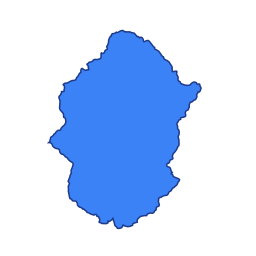 the district of Supatá, Cundinamarca, Colombia, rotated 256°
{"feature_id": "7082276B73232979228436", "entity_name": "Supatá", "entity_type": "district", "adm_level": 2, "iso_a3": "COL", "parent_name": "Colombia", "parent_adm1": "Cundinamarca", "projection": "mercator", "projection_center": [-74.247, 5.057], "detail": "fine", "context": "isolated", "style": "filled", "palette": "blue", "viewbox_px": 256, "rotation_deg": 256, "n_neighbors": 0, "source": "geoboundaries", "source_scale": "gbopen_adm2", "svg_char_len": 5776}
<svg xmlns="http://www.w3.org/2000/svg" viewBox="0 0 256 256"><g transform="rotate(256 128 128)"><path d="M65.7,165.5L66.5,164.8L69.8,160.3L71.9,160.0L72.5,159.6L73.0,159.0L73.2,159.3L73.6,159.4L73.6,159.6L73.8,159.8L74.0,159.8L74.2,160.1L74.4,159.8L74.3,159.6L74.7,159.8L76.6,159.4L78.6,159.4L79.9,158.8L80.9,157.0L81.8,156.6L82.8,156.5L84.0,157.5L84.1,157.8L83.9,158.7L84.6,159.8L86.3,160.9L86.7,161.4L86.9,162.0L86.8,162.9L87.3,164.0L87.8,164.3L89.6,164.1L91.6,165.2L92.6,166.3L93.0,167.1L94.6,169.1L95.9,170.4L96.9,171.1L97.9,172.0L98.6,173.0L99.1,173.3L101.0,173.9L102.5,174.1L103.3,174.4L104.0,174.4L104.7,174.6L105.9,174.4L106.9,174.5L107.9,174.8L109.3,175.9L111.7,176.7L113.8,176.8L115.4,176.0L115.9,176.0L117.3,176.5L119.4,176.4L120.8,176.6L121.8,178.0L122.2,178.3L123.2,179.1L123.6,180.0L123.6,181.1L125.1,181.7L125.3,182.7L125.0,184.8L125.3,185.6L125.3,186.2L125.6,186.8L126.9,187.2L128.9,187.2L130.0,187.9L130.7,188.7L131.0,190.5L131.5,191.2L132.6,191.7L133.3,192.5L135.7,193.0L137.9,194.6L137.9,194.8L137.8,196.2L138.4,197.6L139.0,198.4L139.1,200.0L139.5,200.7L141.0,202.0L141.9,202.5L142.5,202.6L143.5,202.5L143.9,202.7L144.7,203.9L146.1,204.8L145.8,205.3L145.7,205.8L146.6,207.1L147.9,207.8L148.6,208.4L149.0,208.5L149.7,208.5L151.5,208.0L152.9,208.2L153.3,207.9L153.6,207.5L153.8,205.7L154.1,205.5L154.9,205.4L155.5,205.1L156.2,204.3L156.6,203.4L156.6,202.3L156.3,201.5L156.0,200.3L155.9,200.0L155.2,199.5L154.9,198.9L154.8,198.3L154.8,196.8L155.2,195.4L156.1,193.2L158.4,190.0L160.2,189.7L160.8,189.3L161.2,188.5L162.3,188.2L163.4,188.3L164.9,188.9L165.3,188.9L168.6,188.2L169.0,188.3L169.8,188.5L170.6,189.1L171.1,189.0L171.4,188.8L171.6,188.3L171.8,185.0L172.0,184.7L173.3,185.0L174.4,184.9L175.4,185.4L176.9,185.5L178.9,184.9L180.8,184.1L181.6,184.1L183.0,183.1L184.3,182.0L184.8,181.0L185.5,180.5L186.2,179.8L188.5,179.6L189.1,178.8L190.5,178.1L191.8,177.7L194.5,176.6L195.2,176.3L196.0,175.5L197.6,173.7L198.0,173.1L198.4,173.0L199.4,173.3L199.8,173.3L200.9,172.3L205.6,170.3L207.6,169.2L208.1,168.5L208.3,167.7L207.9,165.1L207.9,164.5L208.1,164.1L208.7,164.0L210.2,164.2L211.7,163.8L212.3,163.5L213.0,162.5L212.7,161.5L212.7,161.0L214.2,160.2L214.4,159.0L215.2,158.8L216.4,158.0L218.3,157.2L218.8,156.1L219.3,155.7L219.6,154.4L220.4,153.8L220.9,152.7L221.5,150.2L222.0,149.1L221.9,148.6L222.0,148.2L223.0,147.5L224.0,146.4L224.0,144.0L223.1,141.2L223.2,140.7L223.8,139.9L223.6,139.2L223.2,138.5L223.1,137.9L223.1,136.7L223.3,135.6L222.7,134.7L221.2,134.0L221.2,133.1L219.0,131.1L217.7,130.4L216.1,129.9L215.0,129.4L213.1,128.1L212.8,127.6L211.8,126.9L210.8,127.3L209.6,127.0L209.2,125.8L208.7,124.5L208.5,124.3L207.5,123.8L206.5,122.6L206.5,121.5L206.8,120.9L207.3,120.4L207.2,120.1L204.7,119.3L203.7,119.2L203.1,118.9L202.2,118.2L201.9,117.4L201.9,114.7L202.5,112.7L202.6,111.6L202.4,110.8L201.6,110.2L201.4,109.8L201.1,107.9L201.2,106.1L200.5,105.4L200.1,103.9L199.9,103.7L199.4,103.6L198.2,104.2L197.2,104.4L196.2,104.0L194.5,104.2L194.3,104.1L194.1,103.8L194.1,103.1L194.4,102.4L194.2,101.0L194.4,100.4L195.4,99.2L196.8,98.1L196.9,97.8L196.8,97.2L196.4,96.8L194.8,96.0L193.6,95.9L193.4,95.7L192.9,94.5L192.4,93.8L190.4,92.0L189.2,90.2L187.9,89.4L187.2,88.4L187.4,86.1L187.6,85.2L187.1,82.7L186.3,79.8L186.7,78.1L186.7,77.5L186.2,76.1L185.9,75.7L185.6,75.6L185.3,75.7L184.6,76.4L183.0,76.2L181.9,76.0L180.6,75.2L179.2,75.0L179.1,74.7L179.1,73.6L179.4,72.6L179.4,72.3L178.2,71.9L177.3,71.2L176.0,69.9L175.4,68.8L174.9,68.5L173.9,68.3L172.4,68.5L170.3,68.5L167.2,67.5L164.9,66.7L163.9,66.4L162.9,66.4L161.9,66.6L157.7,68.7L156.1,68.6L154.5,68.2L153.8,68.3L153.1,69.3L152.5,69.5L149.7,69.3L148.5,69.0L146.4,67.3L145.2,64.8L143.8,62.9L142.4,62.1L142.3,61.6L142.7,59.9L142.0,57.7L140.6,56.3L139.8,54.4L138.8,53.7L138.0,51.8L137.7,50.8L137.0,50.4L135.9,50.0L135.2,49.4L133.8,49.1L133.0,47.5L132.6,48.9L131.3,50.2L130.4,50.4L129.1,50.5L128.2,50.8L126.8,51.8L126.1,52.5L125.4,53.4L125.2,54.3L124.1,55.8L123.6,56.0L122.3,56.1L121.1,56.0L119.9,56.5L118.9,57.0L118.1,58.6L116.4,59.8L115.2,60.2L114.2,61.4L113.7,61.8L111.4,62.7L109.5,64.1L108.2,65.4L106.9,66.2L106.3,66.1L105.1,65.5L102.6,64.0L101.4,63.0L100.0,62.3L98.4,62.2L98.1,62.0L95.7,60.2L94.3,59.6L93.7,59.0L90.7,57.0L88.5,57.8L88.2,57.8L85.9,55.9L84.8,55.8L81.7,55.1L81.1,54.8L77.7,54.7L75.6,54.5L73.7,54.6L73.4,54.7L73.1,55.1L73.0,55.4L72.7,56.0L72.4,56.1L71.2,56.3L70.6,56.8L70.4,57.2L69.9,59.3L69.4,60.0L67.0,60.6L65.4,60.3L63.7,61.2L63.6,61.6L63.0,61.8L61.9,63.6L61.2,63.9L60.8,64.4L60.4,64.4L60.0,64.9L60.0,65.5L59.0,66.3L58.4,66.5L57.4,67.5L56.1,67.8L55.4,68.8L55.1,69.6L54.3,70.1L53.5,71.1L52.7,72.3L52.3,73.1L51.8,73.7L51.8,74.3L52.2,75.2L51.7,76.3L51.3,76.2L50.6,76.7L50.1,76.5L49.7,76.6L49.4,77.6L49.1,78.0L47.6,78.1L46.4,78.5L45.5,78.3L44.0,77.3L43.6,77.2L43.3,77.3L43.0,77.8L42.9,78.6L42.0,79.1L41.4,80.1L41.2,81.4L40.5,83.3L40.5,83.9L40.8,85.6L41.1,85.8L41.8,85.8L42.4,85.9L41.9,87.3L42.0,87.9L42.9,90.1L44.0,91.5L41.7,91.5L39.5,91.9L39.0,91.7L36.5,91.7L34.9,92.9L33.3,93.4L32.9,94.2L32.7,95.3L32.7,97.4L33.0,97.9L34.0,99.1L35.0,99.6L35.0,99.9L34.8,100.3L34.0,100.8L33.6,101.4L32.3,103.9L32.2,105.4L32.0,106.3L32.3,107.3L32.3,108.4L32.6,109.0L33.7,109.4L34.2,110.3L34.4,114.2L35.5,114.3L36.8,114.9L37.2,115.3L38.2,116.8L39.2,118.9L39.0,122.9L38.5,124.5L38.6,124.9L39.7,126.0L40.0,126.9L40.1,128.6L40.1,129.2L39.6,130.4L39.4,130.8L39.6,132.3L39.8,132.7L40.5,133.4L41.3,134.0L41.6,135.1L41.8,135.5L44.1,136.3L44.5,137.1L44.6,138.8L45.7,139.8L49.6,139.7L50.8,140.4L52.3,140.6L52.9,142.0L52.7,143.4L53.1,144.0L53.6,145.5L53.6,147.4L53.4,148.6L53.5,149.8L53.7,150.3L54.6,151.3L55.7,151.9L56.0,152.5L56.6,154.4L57.3,155.2L58.7,156.6L59.2,158.4L60.4,160.3L60.6,161.1L61.8,162.4L62.3,162.8L62.9,163.0L64.5,165.0L65.2,165.5L65.7,165.5Z" fill="#3b82f6" stroke="#1e3a8a" stroke-width="1.5"/></g></svg>